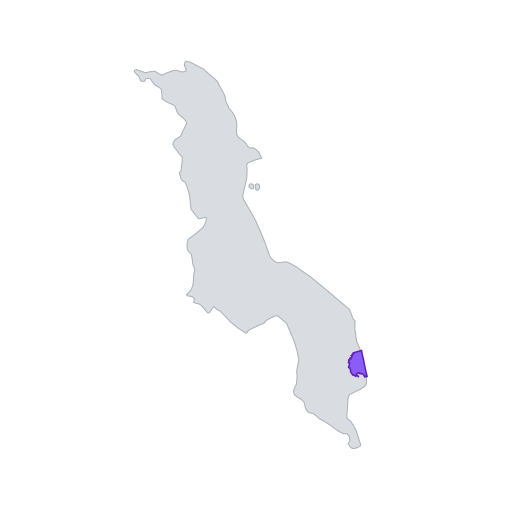 location of Phalombe, Phalombe, Malawi, rotated 344°
{"feature_id": "42251766B10434937590290", "entity_name": "Phalombe", "entity_type": "district", "adm_level": 2, "iso_a3": "MWI", "parent_name": "Malawi", "parent_adm1": "Phalombe", "projection": "robinson", "projection_center": [35.613, -15.69], "detail": "fine", "context": "in_parent", "style": "filled", "palette": "violet", "viewbox_px": 512, "rotation_deg": 344, "n_neighbors": 0, "source": "geoboundaries", "source_scale": "gbopen_adm2", "svg_char_len": 6090}
<svg xmlns="http://www.w3.org/2000/svg" viewBox="0 0 512 512"><g transform="rotate(344 256 256)"><path d="M204.2,297.2L201.6,293.2L199.5,294.2L196.5,297.0L194.9,297.7L194.1,297.6L193.6,296.9L192.9,295.2L190.7,290.1L188.1,286.4L185.4,285.0L183.2,283.3L184.1,281.7L185.2,280.5L184.7,279.3L183.5,277.6L178.7,275.1L178.6,274.0L182.8,271.8L185.5,269.1L187.3,266.6L189.6,261.2L191.4,255.7L192.8,253.9L193.3,250.3L193.0,246.2L193.9,241.0L194.3,236.1L192.9,234.2L191.7,230.8L193.1,225.2L195.3,221.3L206.0,217.2L213.4,213.6L215.0,212.0L217.5,208.8L218.9,205.8L217.9,204.9L212.1,204.8L210.6,203.6L206.4,192.9L208.7,180.6L208.9,175.8L208.8,169.8L208.0,165.4L206.2,163.6L205.1,161.2L205.3,154.8L207.1,154.0L210.8,145.5L212.4,140.5L210.4,136.5L208.2,130.8L207.2,127.2L206.7,126.0L208.2,123.8L210.7,121.6L213.5,121.0L216.5,120.0L225.8,109.4L225.9,107.4L224.2,103.8L220.7,98.5L219.9,96.3L219.5,89.9L218.1,88.0L212.9,83.6L209.0,79.1L210.2,74.5L210.9,69.5L208.9,66.7L206.0,63.8L204.2,59.6L203.4,56.5L201.1,55.3L199.0,55.2L197.4,57.2L195.7,57.0L193.7,56.3L193.1,53.6L192.9,50.7L191.5,48.7L190.2,46.0L190.0,44.5L190.9,44.1L192.6,43.8L200.2,49.4L204.8,49.6L209.9,50.6L214.2,55.5L216.5,56.2L219.4,55.5L227.6,55.0L230.9,55.7L235.1,58.5L236.8,58.9L239.5,59.0L239.9,58.3L240.2,56.6L239.7,53.2L240.3,51.3L241.9,49.3L246.4,51.7L257.6,62.3L258.0,63.7L265.1,74.2L267.5,78.7L267.5,81.0L269.7,90.2L270.2,94.6L269.7,97.8L269.8,100.5L270.6,104.2L270.4,105.8L272.9,111.3L274.1,116.0L274.4,120.5L273.7,124.9L271.4,131.3L271.1,133.9L271.6,136.3L273.0,138.8L275.4,141.6L277.3,144.9L278.5,148.8L279.6,150.6L280.9,150.6L283.3,151.2L285.2,153.5L287.4,157.3L288.2,161.7L288.5,163.6L282.1,163.4L274.1,164.2L272.1,165.9L271.5,169.7L269.0,177.6L267.6,180.5L264.6,185.8L260.4,193.3L259.6,195.8L259.7,198.3L262.2,208.4L264.8,219.1L265.6,223.3L267.5,237.5L268.5,247.5L268.7,253.4L269.5,261.3L271.9,265.6L274.3,268.3L283.3,269.9L286.0,271.8L291.2,276.9L302.4,290.8L308.6,299.6L314.0,307.5L323.7,322.0L331.2,333.2L332.1,343.8L333.4,345.3L330.9,353.2L329.2,365.8L330.4,374.3L329.9,388.6L328.5,403.9L326.8,409.3L324.6,411.4L319.3,413.0L307.8,414.9L306.1,416.7L304.6,419.7L302.3,426.7L299.5,433.8L298.6,436.9L299.2,437.6L301.6,441.2L304.1,450.4L304.6,466.3L303.7,467.5L300.3,468.2L296.6,468.0L295.1,467.1L293.8,465.3L292.8,461.9L295.2,459.5L296.0,455.4L294.5,451.9L291.4,451.1L287.5,447.8L279.1,437.2L272.1,429.8L268.0,423.6L263.9,421.2L262.7,419.7L261.7,417.1L261.7,413.3L262.0,410.5L260.7,407.4L256.5,402.6L254.6,400.0L254.5,396.8L256.3,393.7L259.8,390.0L262.5,382.4L263.5,377.4L268.6,367.6L269.3,359.0L269.3,352.1L269.0,347.0L267.7,336.5L266.8,329.2L260.6,319.7L258.5,318.8L252.6,319.7L247.4,321.1L244.9,323.0L241.1,323.1L231.1,324.8L228.0,325.5L226.2,327.2L225.1,327.6L218.8,320.2L213.3,312.3L206.2,298.8L204.2,297.2ZM277.0,192.8L275.3,193.2L274.2,192.2L274.5,189.3L275.1,187.2L276.8,186.9L277.9,187.4L278.7,188.4L278.7,190.0L278.3,191.6L277.0,192.8ZM273.2,187.5L272.3,190.4L270.3,190.3L268.4,187.7L269.0,185.7L270.8,185.1L272.4,185.9L273.2,187.5Z" fill="#d9dde1" stroke="#a8b0b8" stroke-width="1"/><path d="M329.6,402.4L329.7,400.8L329.8,398.2L329.9,396.2L330.3,390.5L330.3,389.9L330.3,389.4L330.5,388.2L330.7,385.9L330.7,385.5L330.8,383.4L330.9,381.6L331.4,375.9L325.7,375.9L322.8,375.9L322.7,376.1L322.6,376.4L322.5,376.5L322.4,376.5L322.5,376.7L322.4,376.7L322.4,376.8L322.3,377.0L322.1,377.1L321.9,377.2L321.7,377.3L321.7,377.5L321.4,377.6L321.2,377.5L321.1,377.8L321.0,378.0L320.9,378.0L321.0,378.1L320.9,378.2L320.8,378.3L320.7,378.3L320.8,378.4L320.8,378.5L320.7,378.6L320.7,378.8L320.5,379.0L320.4,379.2L320.2,379.2L320.1,379.3L320.1,379.5L319.9,379.6L319.9,379.9L319.7,380.0L319.7,379.9L319.4,379.9L319.4,380.0L319.2,380.2L318.9,380.3L318.7,380.3L318.5,380.2L318.5,380.3L318.5,380.5L318.7,380.9L318.4,380.9L318.4,380.7L318.2,380.8L318.0,381.0L317.8,381.0L317.7,380.9L317.6,381.0L317.6,380.9L317.5,381.0L317.4,381.0L317.2,381.2L317.2,381.3L317.0,381.5L316.9,381.6L316.7,381.4L316.5,381.6L316.5,381.8L316.4,381.9L316.4,382.0L316.2,382.1L316.2,382.3L316.4,382.7L316.4,382.8L316.3,383.0L316.2,383.0L316.1,383.3L316.0,383.5L315.8,383.8L315.7,383.9L315.8,384.3L316.0,384.5L315.9,384.5L316.0,384.6L316.1,384.8L316.3,385.0L316.2,385.2L316.2,385.3L316.1,385.5L316.0,385.9L315.9,386.0L315.7,386.3L315.6,386.6L315.4,386.9L315.3,387.0L315.2,387.2L315.1,387.3L315.0,387.5L314.9,387.5L314.7,387.6L314.6,387.8L314.7,388.0L314.7,388.3L314.6,388.5L314.6,388.4L314.4,388.5L314.3,388.8L314.5,389.0L314.8,389.1L315.0,389.3L315.3,389.5L315.2,389.6L315.3,389.7L315.4,390.0L315.4,390.4L315.3,390.5L315.4,390.8L315.4,391.0L315.4,391.3L315.4,391.5L315.2,391.9L315.2,392.3L315.2,392.6L315.2,392.8L315.1,393.2L315.1,393.4L315.1,393.6L315.1,393.8L315.1,394.0L315.2,394.4L315.2,394.5L315.3,394.6L315.5,394.8L315.6,395.0L315.7,395.3L315.8,395.6L315.8,395.9L315.8,396.0L316.0,396.3L316.0,396.6L316.0,396.8L316.1,397.0L316.3,396.9L316.6,397.0L316.9,397.2L317.0,397.3L316.9,397.3L317.1,397.4L317.1,397.5L317.3,397.6L317.5,397.6L317.8,397.8L317.8,398.0L317.9,398.3L318.3,398.5L318.5,398.7L318.5,398.9L318.6,399.1L319.2,398.7L319.4,398.5L319.5,398.6L319.8,398.9L320.0,399.0L320.4,399.4L320.7,399.7L320.9,399.9L321.1,400.2L321.3,400.0L321.3,399.9L321.1,399.7L320.9,399.3L320.7,399.0L320.5,398.8L320.4,398.7L320.2,398.6L320.1,398.4L319.9,398.1L319.8,397.9L319.7,397.8L319.7,397.7L320.0,397.4L320.5,397.0L320.6,396.9L321.4,396.8L321.4,396.7L321.8,396.8L322.2,396.8L322.4,396.7L322.5,396.7L322.9,396.8L323.1,396.8L323.2,397.4L323.4,397.5L323.5,397.5L323.4,397.8L323.5,397.9L323.8,397.9L323.8,397.7L324.0,397.7L324.2,397.9L324.3,398.0L324.5,398.0L324.7,397.9L324.8,397.9L325.1,398.1L325.2,398.3L325.2,398.5L325.3,398.6L325.5,398.6L325.8,398.7L326.1,398.9L326.2,399.0L326.4,399.6L326.5,399.9L326.6,400.1L326.8,400.2L327.0,400.2L327.1,400.3L327.1,400.5L327.2,400.8L327.3,400.9L327.2,401.0L327.2,401.3L327.0,401.5L327.1,402.0L327.2,402.3L327.3,402.3L327.5,402.2L327.9,402.1L328.2,402.0L328.3,402.1L328.4,402.3L328.5,402.3L328.6,402.2L328.6,402.3L328.8,402.4L329.0,402.2L329.3,402.3L329.5,402.4L329.6,402.4Z" fill="#8b5cf6" stroke="#5b21b6" stroke-width="1.5"/></g></svg>